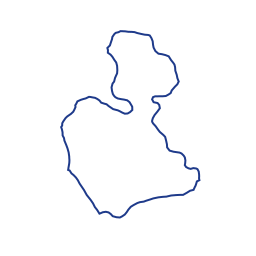 the district of Salyan District, Salyan, Azerbaijan, rotated 148°
{"feature_id": "54616110B55207089168458", "entity_name": "Salyan District", "entity_type": "district", "adm_level": 2, "iso_a3": "AZE", "parent_name": "Azerbaijan", "parent_adm1": "Salyan", "projection": "equal_earth", "projection_center": [49.031, 39.666], "detail": "fine", "context": "isolated", "style": "outline", "palette": "blue", "viewbox_px": 256, "rotation_deg": 148, "n_neighbors": 0, "source": "geoboundaries", "source_scale": "gbopen_adm2", "svg_char_len": 2637}
<svg xmlns="http://www.w3.org/2000/svg" viewBox="0 0 256 256"><g transform="rotate(148 128 128)"><path d="M197.6,70.5L196.7,70.3L194.0,69.9L191.2,68.7L189.2,66.7L188.2,64.1L187.7,61.3L185.0,58.4L182.3,56.4L179.9,56.2L176.6,56.3L173.7,57.3L170.9,58.6L167.4,59.7L164.2,59.7L159.8,59.4L157.2,58.8L153.6,57.2L151.1,56.7L146.9,55.6L143.9,54.9L139.0,53.1L134.8,51.1L131.9,49.5L127.2,47.9L122.7,45.6L119.3,43.7L116.7,42.1L112.4,41.9L108.6,41.9L105.2,40.8L104.8,41.1L102.5,42.6L101.4,43.2L99.8,44.5L97.9,46.2L95.1,45.9L94.4,47.7L93.2,49.4L92.3,51.0L91.1,53.6L90.9,56.3L91.7,57.6L93.9,59.4L96.5,60.1L98.1,61.8L99.4,64.1L99.5,66.4L98.2,67.8L96.5,70.1L95.4,72.9L95.4,75.1L96.1,78.0L97.3,79.8L99.3,81.5L102.0,83.8L104.7,86.8L105.1,90.8L103.6,93.6L102.2,97.6L101.2,100.8L101.7,103.3L103.1,107.8L103.4,110.7L103.6,114.7L104.3,118.6L104.2,120.6L103.6,121.5L101.7,123.2L98.6,124.9L94.2,126.4L90.5,127.9L89.3,131.0L89.7,133.5L92.6,136.3L92.4,139.5L90.4,140.9L88.3,140.5L85.3,138.7L81.9,136.6L79.0,135.1L75.9,134.9L73.3,135.0L71.0,136.7L66.8,138.0L66.1,138.2L63.0,138.9L61.3,140.0L60.4,140.5L59.7,144.1L58.5,147.3L57.5,151.5L55.8,154.7L55.0,157.2L55.1,159.4L55.5,162.8L55.5,167.2L57.6,170.0L60.1,172.6L62.8,174.9L64.0,178.7L63.7,182.6L62.7,185.2L61.1,188.5L60.5,191.8L60.5,194.6L60.5,194.9L60.8,195.3L61.7,196.3L64.4,198.3L66.9,200.7L68.1,201.9L69.9,203.7L71.6,205.8L74.1,207.7L76.6,209.3L79.2,211.5L83.0,214.1L85.3,214.3L88.0,215.2L89.8,214.9L93.0,213.5L94.5,211.8L96.5,210.2L99.6,207.6L103.1,206.8L103.7,204.7L105.2,202.5L103.9,199.4L103.5,196.7L103.5,192.9L103.3,189.8L104.3,186.5L106.4,182.7L108.3,180.1L110.0,179.0L112.5,177.3L115.2,174.7L117.5,173.9L120.4,171.2L121.9,167.9L122.8,164.9L122.8,162.8L122.4,160.8L121.0,158.4L118.3,155.9L116.3,154.2L114.0,151.9L113.0,149.1L113.1,144.7L113.2,143.7L114.8,141.0L117.8,140.4L120.6,140.5L123.1,141.8L124.7,144.1L126.1,146.6L127.3,148.4L130.6,151.9L131.6,154.2L132.8,156.9L133.6,159.5L135.3,161.3L137.3,163.7L137.6,166.4L138.6,168.8L140.0,171.1L141.6,172.5L143.4,174.2L144.6,175.1L148.2,175.5L150.4,176.2L153.1,176.9L156.8,177.4L159.0,176.0L160.7,175.2L161.4,173.6L163.6,172.1L165.8,170.8L168.9,170.2L173.4,170.0L175.7,169.5L179.4,167.9L181.2,166.9L182.6,164.9L184.2,164.2L184.4,163.3L184.8,161.7L185.8,159.0L187.4,156.3L187.6,153.4L188.6,151.0L189.4,146.2L190.1,142.8L191.3,138.7L192.9,135.1L193.7,133.7L194.7,131.8L196.0,129.9L196.8,128.9L198.4,127.1L199.5,125.9L200.4,124.8L201.0,124.2L200.0,122.8L200.0,119.5L199.1,116.9L198.4,113.6L198.2,110.3L198.5,106.5L198.2,98.7L198.5,93.1L197.8,87.0L197.6,82.6L198.0,78.5L197.6,74.9L197.6,71.3L197.6,70.5Z" fill="none" stroke="#1e3a8a" stroke-width="2"/></g></svg>